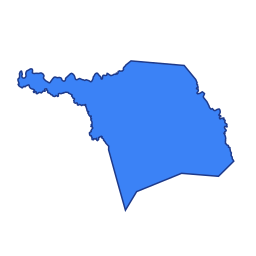 outline of San Francisco, Veraguas, Panama, rotated 167°
{"feature_id": "35544464B34923513195419", "entity_name": "San Francisco", "entity_type": "district", "adm_level": 2, "iso_a3": "PAN", "parent_name": "Panama", "parent_adm1": "Veraguas", "projection": "orthographic", "projection_center": [-80.952, 8.301], "detail": "fine", "context": "isolated", "style": "filled", "palette": "blue", "viewbox_px": 256, "rotation_deg": 167, "n_neighbors": 0, "source": "geoboundaries", "source_scale": "gbopen_adm2", "svg_char_len": 5978}
<svg xmlns="http://www.w3.org/2000/svg" viewBox="0 0 256 256"><g transform="rotate(167 128 128)"><path d="M32.4,71.9L32.7,73.1L33.3,74.3L33.1,76.0L33.1,76.6L33.7,77.7L33.3,79.6L32.9,80.4L33.3,81.7L33.4,82.3L33.3,85.0L33.1,85.9L33.4,86.2L34.4,86.7L34.4,87.0L34.1,87.7L34.2,88.3L34.3,88.5L35.5,89.3L36.0,90.5L36.5,91.1L36.1,92.5L36.1,93.2L35.7,93.9L35.6,94.9L35.2,95.5L35.0,97.2L35.2,99.6L35.7,101.3L34.7,101.2L34.6,102.6L33.3,103.0L32.9,103.5L32.9,104.0L33.5,105.0L33.9,106.1L33.9,106.8L33.7,107.3L33.3,107.7L32.9,107.8L32.1,107.1L31.5,106.9L31.2,106.9L31.1,107.2L31.2,108.3L30.8,109.3L31.0,109.8L31.8,110.4L32.4,111.6L32.3,112.4L31.9,112.9L31.7,113.4L32.0,114.2L33.0,114.8L32.9,115.1L32.4,115.5L32.4,116.2L32.7,116.3L34.9,116.4L36.1,116.1L36.4,116.3L36.6,116.8L36.6,117.4L36.4,117.8L36.0,118.1L35.2,118.3L34.9,118.7L35.1,119.2L36.4,119.7L36.6,120.3L35.9,120.8L34.6,122.6L34.4,123.9L34.5,125.3L34.9,126.0L35.6,126.1L37.1,126.0L38.8,125.4L39.6,125.5L40.0,125.6L40.3,125.9L41.4,127.9L42.7,127.7L43.0,127.8L44.0,129.8L44.1,131.3L45.2,135.9L47.3,140.2L47.6,141.0L47.6,141.4L47.4,141.9L45.8,144.0L45.7,144.3L45.8,144.5L47.4,146.5L47.7,146.5L49.5,145.8L50.9,145.5L52.5,145.7L52.9,146.2L52.8,146.9L51.7,147.7L51.2,148.4L50.9,149.1L51.0,149.5L51.2,149.8L52.4,150.9L52.1,151.5L51.3,151.9L50.7,151.5L50.6,152.5L50.5,152.8L50.8,153.6L50.5,154.5L50.7,154.8L51.0,155.0L51.0,156.0L50.5,156.6L51.1,160.0L59.2,176.3L110.0,192.7L115.9,189.9L116.4,189.3L118.0,188.3L118.9,187.5L119.2,186.8L119.2,185.9L119.8,185.4L121.0,184.8L121.6,185.0L122.1,184.9L123.5,185.6L124.3,185.3L124.8,185.3L125.1,184.7L125.3,183.9L126.1,183.2L126.3,183.4L126.6,183.9L127.0,184.1L127.2,183.9L127.3,183.3L127.6,183.0L129.4,183.5L131.3,182.9L132.9,182.9L133.2,183.1L133.7,183.7L134.2,184.1L135.5,185.6L136.0,185.9L136.3,185.5L136.7,184.5L137.2,184.2L138.1,184.2L139.8,184.9L140.5,184.8L141.0,184.2L141.8,182.0L142.2,181.6L142.7,181.6L143.0,181.8L143.1,182.1L143.1,182.7L143.0,183.5L143.3,184.5L144.0,185.2L145.3,188.0L145.8,188.4L146.3,188.5L147.3,188.3L148.2,187.7L149.4,186.3L150.3,185.6L150.9,184.1L152.3,182.2L153.3,181.5L153.8,181.4L154.4,181.8L155.3,182.8L157.7,184.3L158.0,184.4L159.0,184.1L159.5,184.1L160.7,185.0L161.7,185.4L163.9,187.1L164.6,187.1L166.3,186.6L167.2,186.6L167.8,186.9L168.1,187.3L168.3,187.9L168.4,190.3L168.8,191.7L169.7,193.2L170.3,193.7L170.8,194.0L171.9,193.8L177.4,190.6L177.7,190.3L177.9,189.5L178.4,188.6L178.9,188.2L179.5,188.0L179.9,188.0L180.3,188.2L181.2,189.1L181.6,189.8L181.7,191.2L182.2,192.0L183.5,192.7L185.6,192.9L187.2,193.9L187.8,194.1L188.7,194.0L190.2,193.0L191.7,191.7L193.8,189.8L194.6,189.7L197.7,192.7L199.1,195.2L199.0,196.2L198.2,197.5L198.1,198.0L198.4,199.1L198.8,199.9L199.8,200.9L200.4,201.2L201.3,201.3L202.5,201.2L205.3,202.0L207.3,202.2L208.2,202.7L208.8,203.4L208.1,205.2L208.0,206.1L208.1,206.8L208.5,207.2L209.5,207.5L210.3,207.4L211.6,206.9L213.3,206.5L214.0,206.2L214.7,205.4L215.3,204.2L215.5,203.5L215.6,201.9L215.9,201.2L216.8,200.3L217.8,200.0L218.6,200.1L219.2,200.5L219.6,201.0L219.8,201.6L219.8,202.8L219.5,203.3L219.1,203.7L218.9,204.2L218.9,207.2L219.1,207.5L219.4,207.5L220.0,207.3L220.5,206.9L220.8,206.4L221.6,205.3L221.9,203.1L222.2,202.2L223.0,201.0L224.0,200.6L224.3,200.1L224.5,199.1L224.2,196.6L224.3,195.8L224.5,195.2L225.2,195.2L225.0,194.1L224.7,193.5L223.6,192.2L222.8,191.7L222.3,191.0L222.0,190.9L221.7,191.0L220.5,191.9L220.2,191.9L219.9,191.9L219.1,191.3L217.3,192.2L216.5,192.1L215.6,192.4L214.9,192.2L214.7,191.7L214.8,191.1L214.8,190.4L214.1,188.7L213.2,187.9L211.7,187.1L210.7,186.1L210.7,185.7L211.1,185.3L211.9,184.9L212.0,184.5L211.8,183.9L211.6,183.7L211.3,183.7L210.2,184.4L209.4,183.9L209.3,183.7L209.6,183.0L209.6,182.3L209.1,181.9L208.5,181.9L207.2,182.5L206.8,182.6L205.6,182.4L204.7,181.7L203.4,182.3L202.7,182.9L202.0,183.0L201.1,182.6L200.6,182.5L200.4,182.7L200.3,183.0L200.6,184.1L200.5,184.5L199.9,184.7L198.6,184.5L198.4,184.1L198.6,183.0L197.9,182.3L197.9,182.0L198.2,181.1L198.1,180.6L197.7,180.1L196.8,179.7L196.3,179.2L195.4,177.7L194.2,177.0L194.1,176.3L193.8,175.9L192.8,175.3L192.2,175.2L191.6,175.3L190.8,175.9L189.9,175.2L189.5,174.6L189.0,174.6L188.6,174.9L188.5,175.6L188.4,175.8L188.2,176.8L187.9,177.0L187.4,177.1L186.8,177.1L185.9,176.6L185.0,176.5L184.0,176.7L183.4,176.5L182.9,176.9L182.2,176.7L181.2,176.9L180.6,176.9L178.3,176.1L177.9,175.1L177.0,174.6L176.1,173.7L175.5,173.3L175.1,172.9L175.1,172.5L175.6,172.1L175.7,171.8L175.1,170.7L174.8,169.4L173.9,169.0L173.6,168.7L173.8,167.9L174.7,167.1L174.6,165.8L174.8,165.2L174.5,164.7L173.7,164.0L173.1,163.9L172.3,164.0L172.0,163.8L171.7,163.2L172.1,162.1L171.7,161.6L171.3,161.5L170.3,161.7L169.7,161.7L168.9,161.2L168.4,160.5L168.0,160.3L166.8,160.7L165.5,160.1L164.6,160.5L164.3,160.5L164.1,160.3L164.0,160.0L164.4,159.3L164.3,158.5L164.1,158.1L164.1,157.0L163.9,156.1L164.0,154.0L163.7,153.3L162.9,153.1L162.7,152.8L162.8,152.5L163.7,151.8L163.7,151.3L163.2,150.3L163.2,149.5L162.5,148.1L162.3,148.0L161.6,148.1L161.2,147.9L161.2,147.7L161.9,146.8L162.1,146.3L162.1,146.0L161.6,145.4L161.5,145.1L162.0,144.8L162.4,144.3L161.8,142.7L161.8,141.5L162.2,139.9L163.0,139.6L163.2,139.3L163.1,139.1L162.6,138.8L162.6,138.2L162.9,138.0L163.4,138.2L163.7,137.8L162.6,137.0L162.3,135.9L163.2,135.2L164.6,133.8L164.7,133.5L164.7,132.8L166.5,132.2L166.8,131.7L166.7,131.2L166.9,130.2L166.7,129.3L166.3,128.9L165.6,128.8L165.5,128.6L165.5,127.3L165.2,126.7L165.6,125.5L165.5,124.8L165.0,124.6L164.4,124.3L164.2,124.4L164.1,125.0L163.9,125.2L163.1,125.0L162.4,124.6L161.3,124.9L161.3,124.6L161.4,124.2L161.0,122.9L160.6,122.6L159.4,123.3L159.1,123.8L159.2,124.3L159.0,124.5L159.1,125.0L158.8,125.3L158.1,125.3L157.8,125.6L157.1,125.6L156.1,126.0L155.6,125.8L155.3,125.5L155.2,125.1L155.3,124.9L155.7,124.6L155.6,124.0L154.9,123.4L154.4,122.8L154.3,122.4L154.5,121.7L153.2,119.2L153.2,118.8L152.8,117.8L150.9,114.6L151.8,111.2L150.4,77.6L149.0,48.5L133.9,64.1L86.0,71.8L50.7,60.6L32.4,71.9Z" fill="#3b82f6" stroke="#1e3a8a" stroke-width="1.5"/></g></svg>